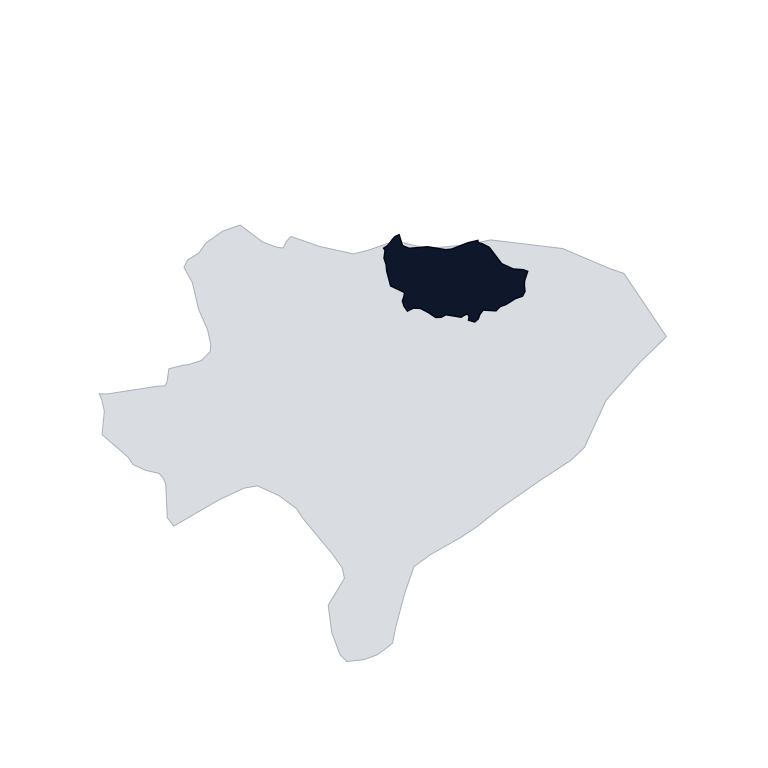 where Rutana sits in Burundi, rotated 235°
{"feature_id": "BDI-2634", "entity_name": "Rutana", "entity_type": "Province", "adm_level": 1, "iso_a3": "BDI", "parent_name": "Burundi", "parent_adm1": "", "projection": "orthographic", "projection_center": [30.114, -3.886], "detail": "fine", "context": "in_parent", "style": "filled", "palette": "ink", "viewbox_px": 768, "rotation_deg": 235, "n_neighbors": 0, "source": "natural_earth", "source_scale": "10m", "svg_char_len": 1841}
<svg xmlns="http://www.w3.org/2000/svg" viewBox="0 0 768 768"><g transform="rotate(235 384 384)"><path d="M539.4,145.1L534.6,151.5L512.3,196.9L508.0,203.7L510.5,207.9L519.9,216.5L514.4,230.8L512.1,234.6L508.0,248.0L510.2,260.2L515.6,264.8L530.0,270.7L551.6,275.0L577.1,285.2L594.3,287.1L598.3,294.4L597.5,307.6L601.7,319.0L601.8,339.4L596.7,357.4L570.4,365.8L556.9,375.0L553.2,379.6L556.5,385.0L558.3,392.3L533.6,410.2L508.1,433.6L502.1,449.4L497.0,468.0L489.6,479.9L470.2,497.1L450.5,531.6L440.8,554.1L392.5,608.0L349.5,634.8L336.9,644.0L260.8,642.5L255.0,606.2L243.3,556.6L217.1,511.8L214.3,493.1L215.5,457.0L215.6,406.2L213.8,378.9L214.3,359.0L217.6,324.4L217.2,303.8L199.9,279.9L178.5,254.6L166.8,242.2L166.2,232.2L166.2,222.9L169.7,209.4L178.0,194.4L187.5,192.7L210.6,198.7L234.8,211.4L247.6,240.2L257.4,244.3L275.2,244.2L320.7,240.4L332.0,240.9L352.7,234.0L373.2,221.9L379.1,209.3L383.9,181.1L388.2,130.4L398.7,129.8L427.4,147.9L433.6,149.1L439.7,148.5L449.6,139.5L461.9,132.2L470.9,132.4L504.2,124.0L522.1,139.3L533.4,144.0L539.4,145.1Z" fill="#d9dde1" stroke="#a8b0b8" stroke-width="1"/><path d="M495.5,461.6L495.3,466.1L496.3,470.2L497.7,474.0L498.4,477.7L497.6,482.0L486.8,478.5L480.7,482.4L471.4,498.5L458.7,511.5L455.8,516.5L451.5,534.0L447.8,543.1L447.7,543.0L445.6,542.5L442.4,545.0L435.6,548.6L415.0,549.4L404.1,555.8L397.8,563.6L393.9,566.3L387.8,558.2L383.5,555.1L379.0,552.6L376.5,547.8L378.6,540.6L379.2,529.2L380.8,523.7L379.7,517.7L387.7,507.6L386.0,502.3L383.3,498.6L382.8,493.9L387.8,489.8L390.4,492.4L393.5,492.6L394.3,489.2L394.4,485.5L405.2,474.5L405.9,469.0L408.9,464.5L416.9,461.4L424.9,457.3L429.3,451.7L430.3,445.0L436.1,445.0L441.5,446.7L444.3,450.6L447.2,453.3L460.5,445.7L474.9,451.0L480.7,454.3L487.1,456.2L492.8,461.5L495.4,461.6L495.5,461.6Z" fill="#0f172a" stroke="#020617" stroke-width="1.5"/></g></svg>